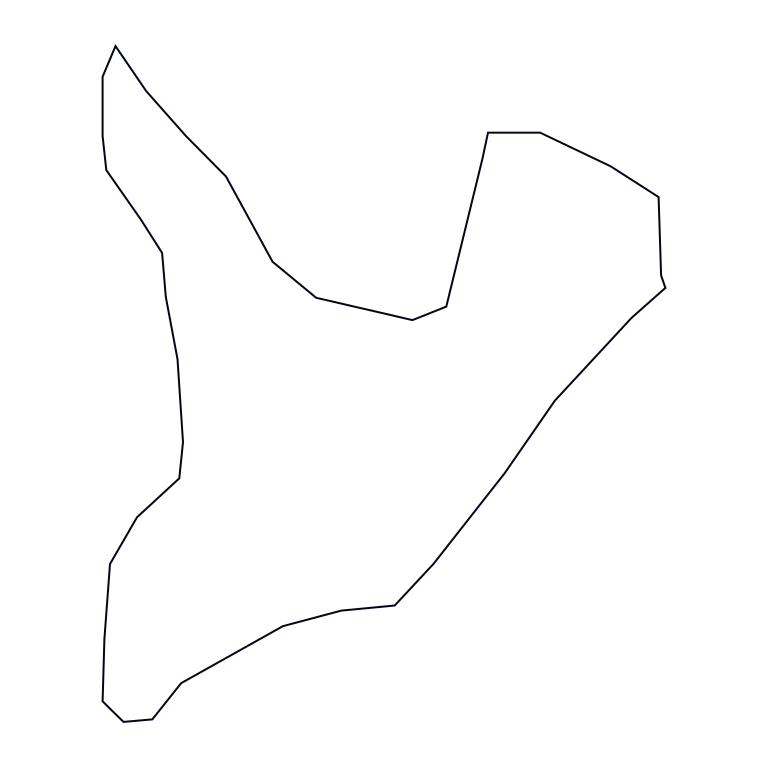 SVG path tracing the border of Aračinovo
{"feature_id": "MKD-2919", "entity_name": "Aračinovo", "entity_type": "Statistical Region", "adm_level": 1, "iso_a3": "MKD", "parent_name": "North Macedonia", "parent_adm1": "", "projection": "mercator", "projection_center": [21.571, 42.028], "detail": "fine", "context": "isolated", "style": "outline", "palette": "ink", "viewbox_px": 768, "rotation_deg": 0, "n_neighbors": 0, "source": "natural_earth", "source_scale": "10m", "svg_char_len": 616}
<svg xmlns="http://www.w3.org/2000/svg" viewBox="0 0 768 768"><path d="M110.0,708.7L102.6,701.3L104.4,639.1L110.0,564.0L137.0,517.3L179.3,478.3L183.0,442.1L177.5,359.1L165.8,296.9L162.1,252.9L140.7,219.3L106.3,170.1L102.6,136.2L102.6,76.7L115.5,46.1L146.2,91.1L186.1,136.2L226.0,176.5L272.6,261.8L316.2,297.8L412.5,320.1L446.3,306.6L482.5,158.5L488.0,132.7L540.2,132.7L610.8,166.4L658.6,197.1L661.1,275.4L665.4,287.9L631.6,317.8L554.9,400.6L504.6,473.3L433.4,564.0L394.7,605.5L341.3,610.6L283.0,626.1L218.0,662.5L181.2,683.1L152.3,719.4L123.5,721.9L110.0,708.7Z" fill="none" stroke="#020617" stroke-width="2"/></svg>